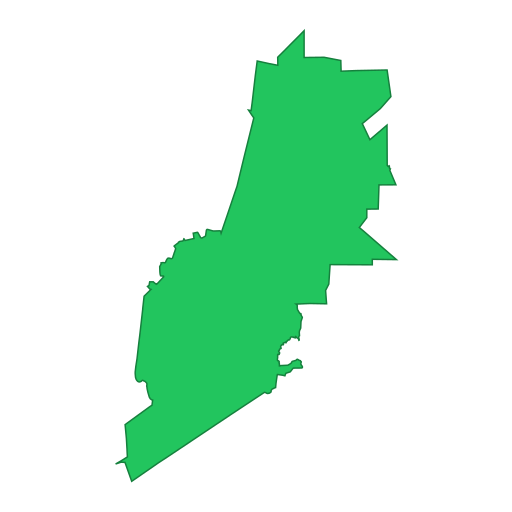 Abasolo, Tamaulipas, Mexico (Equal Earth projection)
{"feature_id": "50627088B78235434296900", "entity_name": "Abasolo", "entity_type": "district", "adm_level": 2, "iso_a3": "MEX", "parent_name": "Mexico", "parent_adm1": "Tamaulipas", "projection": "equal_earth", "projection_center": [-98.244, 24.128], "detail": "fine", "context": "isolated", "style": "filled", "palette": "green", "viewbox_px": 512, "rotation_deg": 0, "n_neighbors": 0, "source": "geoboundaries", "source_scale": "gbopen_adm2", "svg_char_len": 5630}
<svg xmlns="http://www.w3.org/2000/svg" viewBox="0 0 512 512"><path d="M131.7,481.3L158.6,462.7L167.3,457.0L230.6,414.7L264.5,392.3L265.2,392.5L266.0,392.8L266.8,393.3L267.5,393.5L268.4,393.4L268.6,393.3L269.6,393.1L269.8,392.9L270.0,392.7L270.5,392.5L270.9,392.1L271.1,391.7L271.1,391.3L271.0,391.0L271.1,390.6L271.3,390.2L271.9,389.4L272.4,388.9L272.9,388.7L273.7,388.5L274.4,387.9L275.6,387.6L276.0,383.2L277.1,375.6L277.4,374.5L282.5,375.2L284.9,375.8L285.7,373.6L285.9,373.3L286.1,373.2L290.1,371.9L290.3,371.8L290.4,371.7L292.3,369.2L293.1,368.3L293.2,368.2L293.5,368.1L301.2,368.0L301.5,368.0L302.3,367.7L302.4,367.4L302.4,366.7L302.3,366.4L301.7,365.5L300.9,364.3L300.8,364.1L300.8,363.8L301.2,362.3L301.2,362.0L301.2,361.7L300.5,361.1L300.4,360.7L298.7,360.1L298.3,359.7L297.5,359.3L297.3,359.3L297.1,359.3L296.8,359.5L296.0,360.3L295.8,360.4L292.2,361.4L292.1,361.5L291.1,363.2L290.9,363.4L287.9,365.2L284.2,365.4L280.0,365.6L279.9,365.8L279.6,365.5L279.4,365.6L279.3,363.0L279.0,362.8L279.0,362.6L279.1,362.1L279.2,361.7L278.8,361.1L278.6,360.8L277.9,360.8L277.7,360.6L277.5,360.4L277.4,360.1L277.4,359.8L277.5,358.5L277.7,357.0L277.7,356.9L277.6,356.4L277.6,356.2L277.7,355.3L277.6,355.1L277.7,354.8L277.7,354.6L277.8,354.5L278.0,354.5L278.3,354.5L278.5,354.5L278.5,354.4L278.8,354.5L279.1,354.4L279.5,353.5L279.6,353.2L279.5,352.3L279.3,352.1L279.1,352.0L278.9,351.8L278.7,351.6L278.7,351.4L278.6,351.1L279.0,350.5L279.1,350.4L279.3,350.3L279.4,350.1L279.5,349.5L279.6,349.3L279.7,349.2L279.9,349.1L280.0,348.9L280.4,348.8L281.0,348.5L281.1,348.4L281.1,348.2L281.0,347.7L280.6,347.1L280.6,346.9L280.7,346.6L280.7,346.4L280.8,346.1L281.1,345.7L281.4,345.3L281.5,344.9L281.8,344.8L282.6,344.6L282.8,344.8L283.0,344.9L283.4,344.4L283.5,344.2L283.3,343.8L283.2,343.7L283.1,343.3L283.2,343.1L283.5,342.9L283.9,342.8L284.4,342.7L285.1,342.5L285.2,342.2L285.3,342.1L285.6,342.3L285.7,342.6L285.8,342.7L285.9,342.8L286.0,342.8L286.1,342.6L286.2,342.1L286.2,341.9L286.3,341.8L286.8,341.5L287.0,341.3L287.1,341.0L287.3,340.7L287.6,340.6L288.0,340.3L288.1,340.2L288.3,340.0L288.3,339.8L288.4,339.7L288.5,339.7L288.7,339.9L288.9,339.9L289.3,339.9L289.6,339.7L289.8,339.3L290.1,338.8L290.2,338.6L290.3,338.5L290.3,337.9L290.6,337.5L290.7,337.4L290.8,337.2L291.2,337.0L291.4,336.9L291.6,336.9L292.0,337.0L292.6,337.0L293.0,337.2L293.1,337.3L293.3,337.3L293.4,337.2L293.6,337.4L293.9,337.4L294.0,337.5L294.4,337.7L294.9,337.7L295.3,337.8L295.5,336.5L295.9,336.6L296.3,337.3L296.6,337.6L298.1,338.4L298.3,338.7L298.4,338.9L298.9,340.3L299.1,340.2L299.2,339.7L298.7,337.0L298.7,336.7L298.8,336.5L298.9,336.3L299.4,335.9L299.5,335.8L299.5,335.7L299.3,332.6L299.3,332.0L299.5,331.0L299.6,330.5L300.5,328.6L300.7,328.1L301.0,321.4L301.1,321.2L302.3,317.6L302.3,317.4L302.3,317.2L302.2,317.1L301.1,315.2L301.0,314.8L301.1,314.3L301.1,314.1L301.0,313.9L300.9,313.8L300.8,313.6L300.7,313.5L300.2,313.6L299.9,313.5L299.8,313.4L297.6,309.8L297.5,309.6L297.2,307.4L297.2,307.0L297.3,305.8L297.2,305.4L297.1,305.2L296.7,304.6L296.5,304.3L296.2,304.1L304.9,303.7L310.0,303.5L326.6,303.8L326.2,298.9L325.6,290.4L328.8,284.1L330.1,264.6L372.3,264.8L372.3,259.3L396.4,259.6L363.8,231.3L359.3,227.5L366.8,217.7L366.8,209.1L369.1,209.1L378.2,209.0L379.0,184.9L395.9,184.8L389.8,170.3L390.3,169.0L390.1,169.0L389.9,168.7L389.6,168.5L389.6,168.3L389.6,167.6L389.5,167.4L389.4,167.2L389.2,166.9L389.3,166.6L389.4,166.3L389.4,166.2L389.2,165.9L389.1,166.0L388.9,166.1L388.6,166.2L388.6,166.3L388.3,166.5L388.2,166.5L387.9,166.2L387.7,165.8L387.6,165.6L387.3,165.5L387.2,165.4L387.2,165.2L387.0,125.1L369.9,139.7L362.3,123.6L366.2,120.4L380.3,108.6L390.9,96.6L387.1,70.0L356.0,70.6L341.1,71.2L340.8,60.5L324.2,57.3L322.7,57.3L304.1,57.5L304.1,30.7L298.0,36.9L290.4,44.5L284.3,50.7L278.1,56.8L277.7,57.3L277.8,62.2L277.8,65.3L270.3,63.8L270.0,63.8L257.2,61.0L255.4,74.9L254.5,82.6L254.4,83.4L252.2,102.4L251.1,110.6L248.5,110.1L251.7,114.9L253.8,117.9L244.4,155.8L240.1,173.5L237.0,186.4L235.6,190.4L227.4,214.7L221.1,233.2L220.7,231.5L220.4,231.0L219.9,230.8L213.8,231.0L212.8,230.9L207.6,229.4L207.1,229.4L206.8,229.6L206.6,229.9L206.4,230.2L205.6,235.7L205.3,236.2L205.1,236.3L202.2,237.9L201.5,238.0L200.9,237.8L200.5,237.4L197.9,232.7L197.6,232.4L197.3,232.3L196.9,232.4L193.2,233.2L193.3,233.6L194.0,238.5L185.0,240.5L184.1,238.9L183.9,238.8L183.3,240.4L183.0,240.8L182.7,241.0L179.8,241.4L179.3,241.7L178.5,242.2L178.4,242.7L174.2,245.9L174.1,246.2L175.1,247.4L175.6,248.4L175.6,248.7L175.6,248.9L174.5,252.2L174.2,252.9L173.9,253.9L173.8,254.2L172.5,258.1L171.8,258.6L171.2,258.7L169.6,258.2L168.2,258.1L167.6,258.4L166.8,259.5L166.3,260.4L165.8,261.7L165.4,262.5L165.0,262.7L164.6,262.8L164.3,262.7L163.9,262.6L162.5,262.6L161.0,262.9L161.1,264.0L159.7,266.6L159.9,272.0L160.1,274.1L160.6,275.8L163.1,276.1L163.5,276.1L163.7,276.8L157.8,283.1L156.9,284.0L156.5,283.8L156.2,284.2L154.2,282.7L153.3,281.8L149.7,281.8L149.0,285.5L147.5,286.4L149.9,289.1L151.0,289.4L144.1,296.2L142.7,308.8L142.7,309.3L139.9,334.2L138.8,343.0L137.0,358.9L135.8,366.6L135.2,372.0L135.2,373.7L135.5,377.2L136.1,379.2L136.7,380.2L137.2,380.8L137.7,381.3L138.3,381.7L139.0,381.9L139.7,381.9L140.4,381.7L140.7,381.6L141.4,381.2L142.1,380.5L142.6,380.3L143.0,380.4L144.0,381.0L144.9,381.3L145.6,381.9L146.6,383.0L146.9,383.8L146.9,384.5L146.7,386.1L146.9,386.8L147.1,388.7L147.9,392.3L149.3,397.1L150.3,398.8L151.1,399.4L151.6,399.8L152.7,400.1L152.6,400.4L152.0,405.2L149.3,407.0L125.1,424.6L126.4,438.5L126.5,440.3L127.0,449.0L127.2,453.6L127.4,456.9L121.3,460.7L115.6,464.0L121.1,462.2L125.0,462.4L131.7,481.3Z" fill="#22c55e" stroke="#15803d" stroke-width="1.5"/></svg>